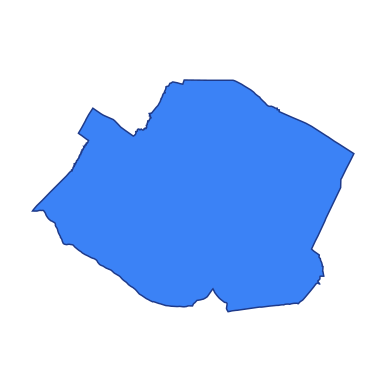 Orodel, Dolj, Romania (Albers equal-area conic projection), rotated 277°
{"feature_id": "2599482B27494005869762", "entity_name": "Orodel", "entity_type": "district", "adm_level": 2, "iso_a3": "ROU", "parent_name": "Romania", "parent_adm1": "Dolj", "projection": "albers", "projection_center": [23.277, 44.26], "detail": "fine", "context": "isolated", "style": "filled", "palette": "blue", "viewbox_px": 384, "rotation_deg": 277, "n_neighbors": 0, "source": "geoboundaries", "source_scale": "gbopen_adm2", "svg_char_len": 5759}
<svg xmlns="http://www.w3.org/2000/svg" viewBox="0 0 384 384"><g transform="rotate(277 192 192)"><path d="M249.8,348.0L257.7,331.6L259.6,327.4L263.4,320.1L263.8,319.1L271.7,302.8L274.1,296.7L275.2,293.1L278.2,282.6L282.4,268.7L284.1,268.6L284.1,266.5L285.5,266.4L285.4,265.4L285.5,264.0L286.1,263.0L286.7,260.7L286.8,260.0L286.5,259.0L286.5,258.7L286.6,257.3L287.5,255.7L289.4,253.6L290.9,251.5L291.9,250.2L292.6,249.3L293.4,248.4L294.3,247.7L295.4,245.6L296.9,243.1L298.6,241.1L300.5,237.9L303.5,231.2L305.0,228.1L307.0,222.7L307.6,220.8L307.9,219.1L304.7,192.9L302.2,170.6L297.9,169.7L298.1,167.0L298.6,164.1L298.9,159.5L298.5,158.9L297.4,157.8L297.4,157.1L297.2,156.9L296.1,156.4L295.8,156.4L294.7,156.0L294.2,155.6L294.0,155.1L293.9,154.4L293.6,154.0L293.4,153.6L293.3,153.4L293.1,153.3L292.4,153.5L292.0,153.4L291.2,153.4L289.4,152.9L288.6,152.5L288.1,152.5L287.7,152.8L287.5,153.2L287.3,153.2L287.1,153.2L287.0,152.9L286.9,152.1L285.9,151.5L284.4,151.0L283.9,151.2L283.3,150.8L282.7,150.8L281.8,150.5L281.2,150.0L281.0,149.9L280.5,150.2L279.4,149.6L278.3,149.6L277.7,149.3L276.7,148.9L273.7,147.7L271.4,146.0L265.4,142.3L265.5,142.0L265.4,141.7L264.9,141.4L264.8,141.1L264.8,140.2L264.7,139.9L264.3,140.1L263.9,140.8L262.5,140.5L262.4,140.5L262.5,141.3L262.3,141.5L261.9,141.4L261.3,141.3L261.3,141.7L260.9,142.2L260.6,142.3L259.1,141.0L257.5,140.7L257.2,140.3L257.3,139.8L257.1,139.4L256.7,139.4L255.5,139.7L255.2,139.3L254.4,139.1L253.8,139.3L253.4,139.4L253.1,139.2L252.8,138.6L252.5,138.5L251.7,138.9L250.6,139.1L249.4,138.7L249.3,138.4L249.4,138.2L249.8,137.9L249.7,137.6L249.1,137.3L248.9,136.7L248.1,136.7L247.9,136.5L247.5,135.7L247.6,135.1L248.3,133.8L247.5,133.1L247.4,132.6L247.6,132.1L248.0,131.8L248.0,131.3L247.6,130.5L247.0,130.2L246.6,130.2L246.1,130.4L245.7,130.2L245.3,129.5L245.3,129.1L245.1,128.8L244.7,128.8L244.5,129.2L244.2,129.3L242.2,128.8L242.0,128.5L241.7,128.4L240.4,127.1L240.5,126.6L245.0,118.2L247.4,113.9L247.9,113.1L249.9,110.8L253.2,106.7L254.3,105.0L257.2,95.3L257.7,94.0L258.6,92.0L263.1,83.4L256.3,80.1L250.9,77.9L249.5,77.5L242.2,74.6L236.5,72.1L235.7,73.4L234.6,75.6L231.6,80.8L230.6,82.9L230.3,82.7L228.7,82.6L228.1,82.3L227.9,81.5L227.6,81.2L227.5,81.3L227.4,81.7L226.9,81.3L226.5,81.3L226.3,80.8L225.8,80.9L225.9,80.4L225.4,80.1L224.5,80.1L224.4,79.9L224.5,79.6L224.4,79.5L224.2,79.6L223.9,79.8L223.5,79.8L223.5,79.6L223.6,79.3L223.3,79.5L222.8,79.1L221.9,79.0L221.4,78.5L221.0,78.7L220.4,78.3L220.3,77.8L219.7,78.1L219.2,77.7L219.1,77.4L218.8,77.4L218.1,77.6L218.0,77.2L217.9,77.0L217.1,77.2L216.9,77.0L216.6,77.1L216.4,76.9L216.0,76.9L216.1,76.7L215.4,76.4L215.0,76.1L214.4,76.2L214.1,75.8L213.6,76.0L213.2,75.6L212.8,75.8L212.5,75.5L211.9,75.6L211.2,75.0L210.3,74.5L209.6,74.6L209.4,74.4L209.3,73.9L208.6,73.5L207.7,73.6L207.3,73.3L207.0,73.5L206.7,73.2L206.6,72.9L206.4,72.7L206.0,72.5L205.7,72.7L205.6,72.3L205.6,72.2L205.3,72.5L204.9,72.4L204.5,71.8L204.4,71.9L204.3,72.2L204.2,72.3L204.0,72.2L203.9,71.9L203.0,72.0L202.9,71.8L203.0,71.6L202.5,71.6L202.0,71.0L201.8,71.1L200.5,71.0L200.0,70.6L199.6,70.5L199.3,69.9L199.1,70.0L198.8,70.4L198.5,70.5L198.4,70.4L198.4,70.2L198.3,69.8L197.9,69.5L197.6,68.8L197.2,68.7L196.3,67.9L192.6,65.4L187.0,61.0L175.0,51.6L165.2,44.2L163.1,42.5L159.6,39.7L156.8,37.8L154.7,36.5L153.7,36.0L154.2,40.5L155.0,42.4L155.3,43.6L155.3,44.7L155.6,46.2L155.6,46.6L155.3,47.1L153.6,48.7L152.6,49.3L150.9,50.2L148.8,52.0L147.9,53.0L147.4,53.6L147.1,54.2L146.4,55.0L146.0,56.5L145.5,57.7L144.8,59.3L144.6,59.6L144.3,59.9L143.3,60.4L142.7,60.4L142.1,60.5L141.1,61.1L139.5,62.5L138.8,62.9L136.3,63.9L134.9,64.6L131.6,66.9L130.8,67.0L130.3,67.6L129.2,68.5L127.3,69.3L125.8,70.2L125.4,70.4L125.0,70.9L124.6,72.1L124.5,73.3L124.5,74.3L124.9,75.0L125.2,76.7L125.1,77.5L125.1,79.6L124.9,80.3L124.6,80.8L123.2,82.3L121.0,85.7L120.0,87.4L119.3,89.0L118.6,89.9L118.1,90.7L116.9,93.4L115.9,96.5L115.4,97.7L115.3,98.2L114.8,99.2L114.4,100.5L114.0,102.3L114.0,102.9L113.5,104.0L112.8,105.4L112.4,105.9L110.7,107.1L108.9,109.0L108.7,109.4L108.2,110.5L107.6,112.8L106.0,116.1L105.6,117.7L105.2,118.9L104.9,120.3L104.4,121.5L102.9,123.6L102.4,124.2L101.8,125.3L99.9,129.8L99.4,130.7L98.5,131.8L97.7,132.6L96.6,134.0L95.7,135.4L94.5,137.6L93.3,139.2L92.4,140.1L90.9,142.8L89.9,145.2L89.1,146.4L88.6,147.3L87.4,148.8L84.8,151.6L84.3,152.2L83.1,154.9L80.6,159.7L79.9,161.8L79.2,163.4L78.2,166.4L78.5,167.2L77.3,172.8L77.2,174.1L76.5,177.7L76.1,179.8L76.1,180.5L76.2,182.2L76.1,185.2L76.5,191.3L77.0,193.8L77.0,197.0L77.2,198.6L77.7,200.6L78.2,201.4L78.6,202.6L78.8,204.7L79.0,206.4L81.0,207.0L81.9,207.7L82.2,208.1L82.7,208.5L85.0,210.1L85.9,213.2L86.9,215.8L87.1,216.4L88.4,218.2L89.9,219.9L97.2,223.8L98.4,224.6L97.0,225.6L95.0,226.8L92.4,229.3L90.2,231.7L89.0,233.4L86.5,237.6L86.4,238.0L86.4,239.4L86.0,240.1L85.5,240.4L84.6,240.5L80.8,240.4L80.3,240.5L79.3,241.1L77.6,242.4L78.1,244.0L78.9,246.1L79.9,250.1L80.1,251.2L85.8,272.2L86.1,273.5L86.1,274.1L86.3,275.4L86.7,277.0L88.2,282.8L89.9,290.4L89.9,291.1L90.6,293.5L91.0,295.0L91.2,296.9L91.9,298.1L92.2,299.4L92.5,301.0L92.5,302.7L93.1,304.0L93.7,305.9L94.0,307.2L94.4,310.0L94.0,310.9L94.1,311.1L94.3,311.3L95.5,312.1L96.4,312.9L98.2,315.0L99.6,316.0L101.7,317.4L108.5,321.8L113.0,324.6L114.0,325.1L114.9,325.7L116.0,326.3L117.1,327.9L116.3,329.4L116.2,329.7L116.3,329.9L118.9,327.7L119.4,328.0L120.6,329.2L120.9,329.4L122.0,329.5L123.3,329.3L124.0,329.5L124.2,330.3L124.4,332.6L124.6,333.1L125.3,332.8L128.9,331.7L129.0,331.4L134.1,331.1L134.3,330.3L135.7,330.1L137.9,329.2L139.9,327.9L141.5,327.5L142.5,326.3L142.9,326.0L145.0,326.0L148.1,320.2L149.9,317.6L158.2,320.3L163.9,322.4L179.3,327.4L182.1,328.1L214.4,339.0L222.8,338.2L223.6,338.7L234.0,342.3L241.8,345.2L249.8,348.0Z" fill="#3b82f6" stroke="#1e3a8a" stroke-width="1.5"/></g></svg>